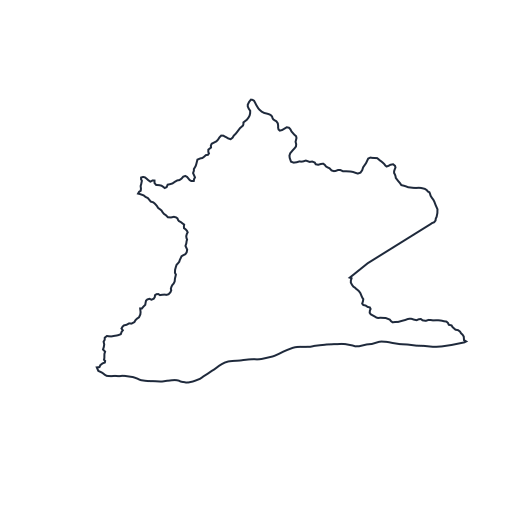 the district of Manga, Minas Gerais, Brazil, rotated 71°
{"feature_id": "56859067B62699928720183", "entity_name": "Manga", "entity_type": "district", "adm_level": 2, "iso_a3": "BRA", "parent_name": "Brazil", "parent_adm1": "Minas Gerais", "projection": "natural_earth1", "projection_center": [-44.106, -14.67], "detail": "fine", "context": "isolated", "style": "outline", "palette": "slate", "viewbox_px": 512, "rotation_deg": 71, "n_neighbors": 0, "source": "geoboundaries", "source_scale": "gbopen_adm2", "svg_char_len": 6107}
<svg xmlns="http://www.w3.org/2000/svg" viewBox="0 0 512 512"><g transform="rotate(71 256 256)"><path d="M405.2,85.1L403.3,86.7L399.8,85.8L397.7,86.3L395.8,87.3L393.9,87.7L391.9,89.1L390.6,91.4L388.8,92.4L387.2,93.3L385.3,93.7L383.8,96.1L381.8,96.3L380.0,97.3L378.9,99.5L377.6,101.5L376.8,103.1L376.1,104.6L375.3,107.0L374.5,109.6L373.4,111.7L372.6,113.8L372.6,116.5L371.1,119.4L369.2,120.7L368.8,122.9L369.0,125.0L367.5,127.5L366.0,129.4L365.3,131.2L365.0,133.2L365.1,135.7L364.9,138.1L364.6,143.1L363.7,145.9L363.2,148.4L361.5,149.6L359.7,150.2L356.9,153.5L354.8,158.7L354.4,160.7L353.4,162.2L351.9,163.4L348.5,166.5L346.7,167.0L344.7,166.1L343.4,164.9L341.7,165.1L340.5,167.0L338.5,168.5L337.3,170.5L335.6,171.1L333.6,169.6L331.7,168.6L330.3,169.0L328.6,169.2L325.1,169.4L322.8,170.1L321.0,171.1L319.7,172.0L318.2,172.7L316.7,173.9L314.5,174.6L312.0,175.0L309.9,174.2L308.2,172.9L307.0,174.4L299.2,152.7L282.7,80.6L282.2,78.9L282.1,76.6L280.9,74.7L279.1,73.8L277.8,72.5L274.4,70.5L273.0,70.0L270.9,69.2L266.2,69.6L262.7,69.7L260.6,70.0L258.1,70.8L255.9,71.3L253.8,71.2L252.2,71.3L251.0,72.5L249.3,73.1L247.5,74.5L246.2,76.5L245.3,78.0L244.5,79.9L243.8,82.4L242.9,84.8L240.5,89.8L239.1,91.4L237.7,93.3L236.3,95.5L233.8,96.2L231.3,97.2L229.2,97.9L227.7,98.4L226.0,98.1L224.2,98.1L222.5,98.4L220.8,97.8L219.2,96.6L217.7,95.3L216.0,95.2L213.9,96.5L213.5,99.3L213.9,101.3L213.9,103.4L212.5,104.3L210.8,104.8L208.9,105.8L207.4,106.7L205.9,107.8L204.3,108.7L202.9,109.6L201.1,114.1L200.2,115.8L200.4,118.2L204.0,121.7L207.0,125.8L209.5,127.7L211.2,130.1L211.2,132.9L209.8,134.8L208.2,136.8L207.0,138.9L205.1,143.5L204.2,146.2L202.2,148.2L201.4,150.4L201.5,153.1L201.1,154.8L199.7,156.7L197.0,157.9L195.6,159.4L194.1,160.7L192.2,161.3L190.6,162.4L190.1,164.8L190.0,167.5L188.7,169.7L186.8,170.0L185.0,172.1L184.5,174.7L183.4,176.0L182.0,177.8L181.9,180.8L181.5,182.6L180.7,184.1L180.6,187.0L180.0,190.0L178.2,192.2L174.2,192.2L172.0,191.7L170.0,190.2L167.9,186.7L166.8,184.6L165.5,182.6L163.4,181.6L160.9,181.4L157.6,179.3L155.8,179.1L153.7,180.3L149.8,181.9L147.5,182.2L145.5,183.0L144.3,185.0L144.8,187.4L145.4,190.3L145.2,192.7L143.7,193.5L141.8,193.3L140.2,192.7L137.7,192.2L135.2,192.9L133.8,194.2L132.4,195.2L130.8,195.5L129.3,195.4L127.4,196.3L126.0,197.8L124.8,199.5L123.4,201.7L121.4,203.6L118.6,205.2L117.0,205.8L113.3,206.6L111.0,206.9L108.6,207.3L107.2,208.5L106.5,209.9L108.1,212.4L110.2,214.5L111.9,215.1L114.4,214.9L116.8,214.2L119.2,215.1L121.1,216.3L122.6,217.9L124.2,220.3L125.6,224.4L127.1,224.9L128.4,225.8L129.9,229.5L132.6,233.5L133.8,235.4L135.0,237.9L136.5,239.6L137.3,242.0L135.7,244.1L134.2,245.3L132.9,246.6L131.6,247.7L130.8,249.7L132.0,252.0L133.6,254.0L134.7,256.1L135.1,258.9L135.4,261.3L136.8,262.7L138.8,263.2L139.9,266.4L142.0,267.2L143.7,267.1L144.7,268.5L144.3,270.6L145.2,272.6L145.9,274.8L145.6,276.8L145.8,280.0L149.6,282.5L151.1,283.6L152.4,285.0L153.5,286.4L155.2,287.0L157.1,288.5L161.8,288.1L163.1,289.5L164.8,290.4L164.0,292.8L162.6,294.0L158.8,295.4L157.3,296.8L157.3,299.0L158.6,301.2L159.3,303.7L158.9,305.8L159.4,308.5L160.2,311.3L160.1,314.0L159.8,316.3L161.8,318.1L162.0,320.2L160.4,321.2L158.7,322.5L157.5,324.5L156.3,327.3L154.0,328.2L151.6,327.4L150.9,329.1L151.3,331.7L149.2,333.2L147.2,334.3L145.5,335.4L144.5,337.0L144.4,339.1L146.1,339.7L147.7,339.4L149.2,340.3L150.6,341.1L152.3,342.3L155.0,342.9L156.8,343.8L157.2,345.6L158.6,347.2L159.7,345.5L162.1,342.5L164.2,341.2L166.0,339.4L168.1,338.6L170.3,337.8L171.8,335.7L173.2,334.8L174.7,334.1L176.5,333.4L178.7,332.9L180.8,331.4L182.3,330.5L183.8,330.2L186.1,329.4L188.3,327.8L190.7,326.7L191.9,323.8L192.2,320.9L193.5,319.0L194.9,318.0L196.4,318.0L197.9,317.5L199.5,316.0L201.4,314.8L202.9,313.7L204.4,314.5L206.3,315.0L207.8,313.9L209.7,313.1L211.4,312.9L212.6,314.2L214.5,315.5L216.5,315.9L218.0,315.8L219.4,316.8L221.4,317.8L223.5,319.4L227.6,319.0L230.0,320.4L231.3,322.2L231.6,324.6L232.0,326.5L233.4,327.8L234.9,329.3L236.5,330.5L237.6,332.3L238.4,333.9L240.2,335.3L242.7,337.0L245.5,338.1L247.5,337.8L249.1,338.8L251.0,340.0L253.6,341.2L255.2,342.8L256.3,344.7L257.6,346.0L259.3,347.2L260.8,347.3L262.4,348.7L263.7,351.1L263.6,353.3L262.7,355.1L262.1,357.4L261.7,359.6L260.2,360.7L259.7,362.5L260.2,364.3L261.8,365.0L263.1,366.6L263.3,369.1L261.8,370.6L261.7,372.9L262.4,374.5L264.2,375.6L266.1,376.6L267.2,378.9L268.5,381.0L267.9,382.6L271.5,383.4L273.6,384.4L275.9,386.6L276.5,388.9L277.4,390.8L278.9,392.5L279.4,395.7L278.4,397.9L278.9,400.8L278.6,403.4L279.3,405.1L280.8,406.8L282.9,406.1L283.9,407.7L285.9,409.3L286.0,411.9L285.8,413.8L285.4,415.9L285.0,418.7L284.2,420.9L283.1,423.0L284.0,425.6L286.0,426.4L287.4,428.0L290.2,428.3L292.6,429.6L294.6,431.1L297.3,429.8L299.2,431.2L301.4,432.0L303.1,432.6L304.6,433.5L306.1,432.8L307.5,433.6L307.6,436.1L308.5,438.7L310.1,440.2L309.5,442.8L313.3,442.5L315.9,439.8L317.5,438.6L319.0,437.7L320.7,436.2L321.7,434.0L322.6,431.6L323.1,429.6L323.8,427.5L324.7,425.5L325.3,423.7L325.7,421.6L326.7,419.0L330.4,411.8L331.6,410.2L333.3,408.1L335.0,406.4L336.0,405.1L337.9,401.4L339.1,398.8L341.4,392.5L343.6,387.2L344.2,385.3L345.0,380.7L345.5,378.9L346.0,376.4L346.8,373.4L347.6,371.5L348.7,369.6L350.1,368.2L351.1,366.6L351.9,364.9L352.9,363.3L353.6,360.9L354.1,356.7L354.1,354.0L353.9,349.0L353.3,346.7L352.7,344.9L351.6,340.1L350.2,335.1L349.7,332.6L348.7,329.4L347.8,326.7L347.1,323.6L346.6,320.2L346.7,316.5L347.3,313.7L348.0,310.9L348.8,308.2L349.5,305.6L349.9,303.8L350.2,302.0L350.8,299.4L351.5,296.3L352.3,293.5L353.0,291.2L354.1,288.7L354.7,286.5L355.2,284.1L355.7,279.7L356.4,273.1L356.4,270.9L356.0,266.4L355.3,261.2L355.0,257.2L354.9,254.3L354.8,251.2L355.0,248.8L355.5,246.4L356.3,243.7L357.9,239.1L359.5,234.3L359.8,232.0L360.0,230.0L361.3,224.1L362.2,220.4L362.7,217.9L364.1,213.3L364.6,211.4L365.9,207.5L366.4,205.7L367.0,203.7L368.3,200.4L372.0,193.9L373.7,191.6L374.9,187.9L375.7,180.0L376.9,175.1L377.2,167.7L377.7,165.3L379.6,160.7L380.9,158.2L382.6,155.4L386.1,148.8L389.1,141.4L393.0,133.5L395.7,126.4L399.5,118.2L400.6,114.9L402.0,109.7L403.8,100.0L405.5,87.1L405.2,85.1Z" fill="none" stroke="#1e293b" stroke-width="2"/></g></svg>